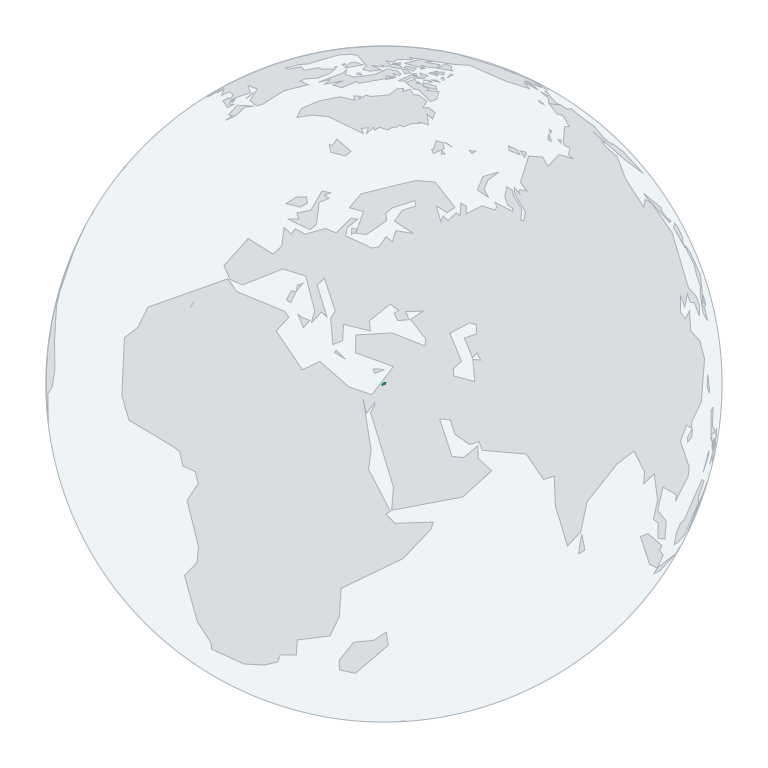 South Lebanon highlighted on a globe, orthographic projection, rotated 18°
{"feature_id": "LBN-3060", "entity_name": "South Lebanon", "entity_type": "Province", "adm_level": 1, "iso_a3": "LBN", "parent_name": "Lebanon", "parent_adm1": "", "projection": "orthographic", "projection_center": [35.407, 33.345], "detail": "fine", "context": "on_globe", "style": "filled", "palette": "green", "viewbox_px": 768, "rotation_deg": 18, "n_neighbors": 0, "source": "natural_earth", "source_scale": "10m", "svg_char_len": 11099}
<svg xmlns="http://www.w3.org/2000/svg" viewBox="0 0 768 768"><g transform="rotate(18 384 384)"><circle cx="384" cy="384" r="338" fill="#eef3f6" stroke="#a8b0b8"/><path d="M342.3,48.7L351.4,47.8L391.2,47.1L405.5,47.1L401.1,47.7L429.2,49.1L433.3,49.7L445.2,51.7L425.2,48.7L421.6,48.6L436.5,50.7L436.0,51.2L442.9,52.8L441.1,53.4L425.6,51.9L424.1,52.6L434.7,54.2L439.6,56.6L424.2,54.0L431.0,58.2L406.4,58.4L366.9,54.4L352.0,58.4L308.1,65.4L311.0,66.7L296.1,71.4L293.9,74.9L286.4,76.0L291.0,78.0L298.3,76.4L302.8,76.9L302.1,79.1L292.5,80.6L291.4,79.7L288.2,81.4L283.6,81.4L285.5,82.6L273.9,84.8L284.3,86.1L274.1,90.8L266.7,91.4L269.0,86.8L257.5,79.7L250.7,80.5L238.7,85.3L213.0,103.0L204.8,106.4L192.6,114.2L196.4,113.9L207.2,107.9L211.2,110.2L224.0,103.5L227.5,103.8L240.1,99.6L236.4,105.4L226.1,113.7L215.4,117.8L210.6,121.9L219.3,122.8L198.2,136.1L182.0,155.5L176.7,158.9L168.9,155.7L172.4,142.7L162.3,142.0L167.0,148.2L153.7,158.1L150.8,162.5L150.5,165.7L154.8,164.4L149.9,169.5L143.4,164.4L147.7,159.7L149.8,161.1L151.3,155.5L146.8,153.6L140.5,159.6L140.5,153.2L135.9,157.8L133.4,159.4L140.6,152.4L127.6,165.4L126.5,165.1L143.5,146.6L161.7,129.5L181.2,113.7L201.9,99.4L223.5,86.6L246.0,75.6L269.2,66.2L293.1,58.5L317.5,52.7L342.3,48.7ZM51.0,326.6L48.2,346.4L47.5,373.9L47.3,390.4L46.9,395.5L47.9,404.5L48.0,409.5L57.4,445.0L66.6,472.2L69.3,489.3L67.4,497.4L76.6,524.3L67.0,500.9L59.1,476.9L53.1,452.3L48.9,427.4L46.6,402.2L46.2,376.9L47.6,351.7L51.0,326.6ZM415.8,47.7L407.8,47.0L415.7,47.6L415.8,47.7ZM444.2,52.9L446.7,53.1L449.2,54.0L444.2,52.9ZM241.2,96.8L240.6,98.2L238.6,98.2L241.2,96.8ZM247.2,93.9L245.3,93.0L247.8,91.5L249.0,92.1L247.2,93.9ZM448.7,56.0L452.1,57.7L446.0,55.6L448.7,56.0ZM249.0,95.5L252.6,89.1L257.2,86.7L265.3,87.0L249.0,95.5ZM452.3,58.6L460.7,63.6L466.8,64.2L454.3,66.2L451.3,60.7L442.8,57.8L449.8,59.0L452.3,58.6ZM300.9,75.0L293.1,76.8L300.2,73.4L300.9,75.0ZM304.4,72.8L319.8,63.2L331.0,62.2L323.5,65.3L338.5,63.0L336.4,67.1L327.7,69.3L320.9,69.0L325.2,71.0L304.4,72.8ZM446.0,66.9L445.7,68.2L443.1,66.6L446.0,66.9ZM305.1,76.8L307.3,74.7L317.1,73.6L314.6,77.7L312.2,76.7L305.1,76.8ZM343.5,60.7L350.3,61.0L350.5,64.2L353.2,64.9L337.3,67.2L343.5,60.7ZM309.7,78.1L313.1,79.9L307.9,82.5L303.7,78.9L309.7,78.1ZM320.7,71.7L325.2,71.5L321.9,72.9L320.7,71.7ZM291.3,94.1L293.6,91.0L298.9,90.0L291.3,94.1ZM314.8,80.4L316.6,79.5L318.9,79.0L320.1,80.8L314.8,80.4ZM338.5,69.6L337.1,71.1L345.0,68.8L345.5,71.6L334.7,72.8L339.6,73.5L339.7,74.4L330.8,74.5L338.5,69.6ZM328.3,81.1L314.9,84.4L309.4,90.0L304.5,90.8L314.2,81.7L328.3,81.1ZM330.6,77.1L328.1,79.7L323.2,79.1L322.0,77.1L330.6,77.1ZM349.6,73.3L351.7,68.6L354.0,68.6L349.6,73.3ZM327.7,82.7L330.9,81.9L327.9,83.2L327.7,82.7ZM344.0,76.1L344.4,74.4L347.0,74.3L344.0,76.1ZM337.1,82.1L332.8,83.0L331.7,81.5L337.1,82.1ZM341.0,79.4L344.4,79.9L334.0,80.4L340.8,78.6L341.0,79.4ZM346.3,76.4L348.0,75.8L345.8,77.2L346.3,76.4ZM343.4,87.7L330.5,88.8L328.3,85.2L341.2,84.6L343.4,87.7ZM138.2,475.8L122.9,420.3L132.5,406.0L135.6,384.0L202.9,332.2L215.5,341.7L266.7,345.6L272.8,349.9L265.0,366.9L302.0,395.7L316.0,382.4L351.2,397.6L375.7,398.0L387.6,364.5L347.4,363.1L342.1,346.1L375.7,333.0L411.1,335.1L410.2,328.6L389.3,314.3L398.9,302.5L382.2,308.4L387.9,315.1L377.6,319.4L371.8,313.7L375.4,309.4L365.1,306.2L350.5,328.5L354.7,337.7L327.0,339.8L331.3,355.7L323.2,362.2L312.9,337.9L315.0,329.5L294.6,301.8L289.9,310.6L308.8,337.7L302.2,334.9L295.9,348.4L295.6,336.0L276.1,305.4L252.1,305.9L218.8,333.5L205.3,332.1L195.2,321.0L209.9,287.7L238.5,294.8L244.1,284.4L240.6,265.9L249.6,270.1L251.6,263.8L262.6,266.0L280.4,254.2L291.9,255.1L301.1,236.9L308.2,235.3L300.8,246.3L301.8,255.0L330.7,258.4L336.9,255.0L340.5,243.3L348.0,246.3L347.8,234.6L365.5,231.7L343.8,225.9L347.5,213.4L359.3,204.9L356.6,200.1L337.3,214.1L333.1,220.9L335.8,228.1L321.0,247.3L310.6,249.3L311.3,226.3L296.6,227.1L303.6,210.1L351.4,180.6L370.3,176.2L396.8,194.1L391.1,201.6L378.8,198.5L388.2,212.4L388.4,205.9L394.6,208.9L399.7,198.8L404.4,200.5L401.3,188.4L407.6,189.4L409.4,197.0L422.3,184.3L435.9,184.3L436.6,180.7L433.5,176.9L452.9,180.2L452.5,177.4L446.0,175.2L441.1,168.6L439.9,158.6L446.7,160.3L448.0,164.1L461.0,175.2L463.5,185.9L466.2,185.7L465.6,176.8L449.7,163.1L447.1,156.7L455.5,162.2L452.3,159.7L453.1,157.1L460.2,156.3L451.4,150.0L451.2,122.4L465.0,119.2L472.6,126.4L479.6,111.8L494.6,111.2L488.6,108.9L487.9,101.6L483.2,101.6L480.2,100.0L476.3,83.6L480.6,81.8L472.1,74.0L469.0,73.1L465.3,73.8L454.3,66.2L466.8,64.2L473.2,66.2L476.7,64.4L490.8,69.7L504.1,74.0L517.4,82.3L526.8,85.7L527.0,84.7L539.9,89.3L565.5,103.7L543.6,96.2L504.9,79.5L520.6,86.2L516.7,86.3L522.0,89.9L533.1,95.0L534.6,94.6L550.4,114.3L576.3,135.4L575.4,127.9L582.9,129.5L611.6,151.4L643.6,198.2L654.0,204.4L660.0,212.0L662.8,221.7L654.2,210.8L649.9,211.6L644.6,204.5L646.2,217.7L638.7,208.2L643.7,224.0L650.6,229.0L651.9,220.2L659.5,239.0L671.0,245.3L681.1,261.1L691.3,303.0L688.4,324.7L690.1,330.8L684.4,329.7L683.7,347.0L699.8,368.5L701.8,377.7L697.5,405.4L696.1,398.9L681.2,395.8L683.3,419.6L694.9,427.4L699.0,444.7L692.3,445.9L687.5,431.2L682.1,429.5L680.0,409.6L668.8,385.9L661.7,398.5L658.9,386.9L642.4,370.5L630.3,388.0L613.5,433.2L616.8,463.7L608.5,481.3L584.6,446.7L574.4,419.0L565.4,425.5L541.0,406.7L498.0,416.6L492.2,409.4L484.0,415.0L466.9,409.8L458.2,397.6L447.7,400.0L471.1,431.9L482.4,429.3L492.3,413.9L496.6,425.7L513.1,433.3L493.7,467.2L430.3,501.7L424.8,479.0L380.0,415.1L381.7,407.5L381.5,406.6L381.0,405.1L376.2,417.5L368.7,404.4L392.0,450.4L395.6,469.8L429.4,503.1L426.1,507.0L437.2,513.2L473.5,500.1L473.5,507.7L456.0,544.2L406.3,591.7L413.3,618.5L410.5,640.2L380.6,654.3L384.3,668.9L369.0,673.7L368.7,681.2L357.0,688.3L337.1,693.6L302.1,689.4L299.0,683.2L280.1,667.8L253.5,627.8L261.4,611.6L257.9,596.1L232.7,555.5L238.1,536.1L231.6,525.6L218.0,524.2L210.6,511.3L202.5,508.6L152.6,497.2L138.2,475.8ZM178.1,364.7L175.8,371.1L178.1,364.7ZM447.8,354.8L469.5,353.6L460.9,333.2L468.5,331.4L462.8,325.5L460.1,331.8L446.3,315.4L456.1,308.1L454.0,299.1L446.6,299.2L431.0,315.4L450.7,338.5L445.2,347.8L447.8,354.8ZM54.5,309.1L54.6,308.8L53.4,314.2L53.6,313.0L54.5,309.1ZM70.8,257.2L71.2,256.2L68.9,262.0L70.0,259.1L70.8,257.2ZM154.2,158.3L154.5,158.9L153.1,162.9L151.6,162.5L154.2,158.3ZM160.2,174.3L152.1,182.1L156.8,175.8L153.1,176.1L158.3,164.1L174.3,160.1L166.1,163.7L160.2,174.3ZM169.6,148.0L164.5,155.3L169.5,147.5L169.6,148.0ZM252.3,230.1L255.3,235.2L249.9,241.6L235.3,242.7L242.9,233.3L252.3,230.1ZM260.7,241.3L265.5,219.5L274.7,218.7L268.7,222.7L274.4,224.4L266.2,231.4L270.4,252.9L266.0,260.1L241.4,256.8L251.9,253.5L248.4,248.3L260.7,241.3ZM261.3,172.9L263.5,165.6L280.7,173.0L276.7,179.1L261.9,180.0L258.0,173.4L261.3,172.9ZM262.7,98.2L262.4,96.4L265.1,95.8L267.5,96.8L262.7,98.2ZM291.9,92.7L266.7,106.0L265.1,104.4L252.3,115.2L243.1,115.4L251.7,108.2L235.0,117.1L239.1,110.7L228.2,117.4L248.4,101.3L251.4,96.7L251.6,101.6L259.9,101.4L264.5,99.9L279.6,92.5L290.2,83.1L300.2,82.2L304.4,84.0L303.4,86.0L297.2,85.9L300.3,88.8L290.6,90.2L291.9,92.7ZM348.4,117.0L341.7,114.0L346.2,123.9L336.5,123.8L337.7,125.0L329.9,127.9L322.5,133.6L318.4,132.7L317.3,135.4L312.2,137.7L309.3,141.2L300.8,141.1L296.6,145.6L295.0,143.0L290.0,151.0L289.9,145.1L283.3,148.1L286.9,152.2L248.3,146.9L232.2,150.6L218.8,157.3L220.4,147.4L234.1,135.4L253.0,124.6L268.3,123.0L266.3,119.3L273.0,117.6L271.8,121.2L277.7,114.8L282.9,114.5L299.7,107.4L305.0,99.3L311.3,96.9L311.8,100.0L317.7,95.5L323.0,99.9L327.6,98.5L337.4,101.9L335.7,109.4L341.0,107.3L348.7,110.3L348.4,117.0ZM345.9,88.8L346.2,96.8L341.0,101.0L326.1,93.5L321.2,94.2L311.4,90.5L319.2,84.7L321.2,86.2L325.0,86.4L321.1,88.1L327.1,86.9L330.2,89.1L335.7,89.0L334.2,91.5L345.9,88.8ZM280.8,344.4L285.7,346.0L293.7,346.5L289.9,355.4L280.8,344.4ZM267.2,323.7L271.8,323.4L270.2,335.4L265.2,334.0L267.2,323.7ZM275.6,313.5L272.1,322.5L271.0,316.8L275.6,313.5ZM305.2,245.6L310.3,245.0L310.3,247.8L306.9,251.7L305.2,245.6ZM359.8,149.4L356.8,146.3L358.6,145.1L358.4,136.5L365.6,136.4L368.5,141.5L359.8,149.4ZM380.0,370.3L372.2,376.6L368.8,373.4L372.2,371.8L380.0,370.3ZM328.3,367.0L339.5,372.2L327.2,369.3L328.3,367.0ZM367.6,147.8L366.7,144.2L370.8,146.4L367.6,147.8ZM370.8,136.0L375.9,137.7L366.4,135.4L370.8,136.0ZM507.4,698.2L508.9,697.9L503.9,699.7L507.4,698.2ZM468.8,631.2L446.1,668.0L430.0,669.7L426.8,660.6L435.0,639.0L453.7,630.8L462.8,619.3L468.8,631.2ZM714.7,452.1L716.0,446.8L713.9,456.0L714.7,452.1ZM713.5,456.1L704.0,476.4L699.2,480.9L701.1,474.2L708.9,462.5L713.5,456.1ZM700.7,474.7L692.3,473.3L675.0,449.8L681.3,444.8L698.3,451.8L697.4,457.0L702.5,460.4L700.7,474.7ZM717.8,419.9L716.7,433.6L712.2,443.9L709.7,447.0L708.1,434.6L709.0,424.5L711.4,420.5L716.0,376.5L718.4,377.4L718.0,394.2L719.8,400.3L717.8,419.9ZM618.4,465.8L626.5,479.8L621.4,485.4L618.4,465.8ZM714.6,350.5L714.9,369.2L713.5,347.1L714.6,350.5ZM711.8,331.8L713.4,337.4L711.3,334.3L711.8,331.8ZM693.1,339.3L690.8,345.2L689.2,341.0L691.1,331.1L693.1,339.3ZM688.8,274.8L694.7,287.3L696.3,292.4L692.4,286.9L688.8,274.8ZM427.5,147.0L419.8,158.4L419.0,167.8L426.0,174.4L412.8,170.6L414.1,156.1L427.5,147.0ZM447.6,125.0L441.4,120.2L446.1,119.6L448.2,120.6L447.6,125.0ZM442.4,123.9L430.9,123.2L428.8,118.9L438.2,120.2L442.4,123.9ZM399.2,134.3L396.4,137.5L393.1,135.5L399.2,134.3ZM720.2,418.3L720.6,411.3L719.1,427.2L718.6,429.9L719.3,419.2L720.3,401.3L720.8,392.2L721.8,377.5L720.5,399.7L720.8,405.4L721.7,393.7L721.0,406.0L720.7,412.3L720.2,418.3ZM720.3,356.6L718.6,351.3L718.6,359.9L717.0,336.1L719.2,345.0L720.3,356.6ZM716.4,338.2L716.6,346.0L715.4,333.2L716.4,338.2ZM715.7,343.7L714.0,337.0L714.8,334.6L715.7,343.7ZM716.6,336.3L713.9,323.3L715.7,328.7L716.6,336.3ZM709.5,322.5L713.8,326.9L710.9,331.4L703.4,308.8L704.0,304.2L709.5,322.5ZM665.8,210.8L661.5,205.8L660.0,200.9L663.4,205.7L665.8,210.8ZM651.1,182.6L658.2,198.0L663.2,211.6L665.0,211.8L672.3,223.8L665.8,218.2L657.2,201.3L654.6,193.0L647.6,183.9L641.6,174.0L632.6,165.2L627.8,159.1L635.2,164.8L651.1,182.6ZM628.7,161.8L610.8,145.4L611.1,141.3L615.0,144.0L623.2,153.0L622.6,154.5L628.7,161.8ZM606.6,140.5L605.8,142.1L577.8,126.6L572.0,122.5L593.4,130.8L593.8,133.0L600.6,137.9L606.6,140.5ZM449.4,68.7L446.1,68.3L448.3,67.7L449.4,68.7ZM477.6,100.2L474.0,98.0L476.7,97.0L477.6,100.2ZM465.4,91.6L464.9,94.3L462.6,90.8L465.4,91.6ZM464.2,100.7L463.3,95.0L468.2,101.5L464.2,100.7Z" fill="#d9dde1" stroke="#a8b0b8" stroke-width="1"/><path d="M383.4,385.5L383.4,385.4L383.1,385.5L382.9,385.5L382.5,385.5L382.5,385.4L382.7,385.2L382.8,385.1L383.0,384.7L382.9,384.4L383.0,384.3L383.1,384.2L383.2,383.9L383.2,383.7L383.3,383.5L383.4,383.4L383.6,383.1L383.8,382.8L383.9,382.6L384.0,382.6L384.3,382.7L384.5,382.6L384.8,382.5L385.0,382.5L384.9,382.7L384.9,382.8L385.0,382.8L385.0,383.0L385.1,383.3L385.1,383.5L384.9,383.7L384.9,383.8L384.7,383.8L384.7,384.0L384.6,383.8L384.6,383.7L384.6,383.3L384.6,383.1L384.4,383.1L384.1,383.2L384.0,383.3L383.9,383.4L383.9,383.5L383.8,383.8L383.7,383.7L383.6,383.8L383.7,384.0L383.8,384.2L384.0,384.2L384.1,384.3L384.0,384.5L383.9,384.7L383.7,384.8L383.8,384.8L383.7,384.9L383.6,385.0L383.4,385.2L383.4,385.3L383.4,385.5Z" fill="#22c55e" stroke="#15803d" stroke-width="1.5"/></g></svg>